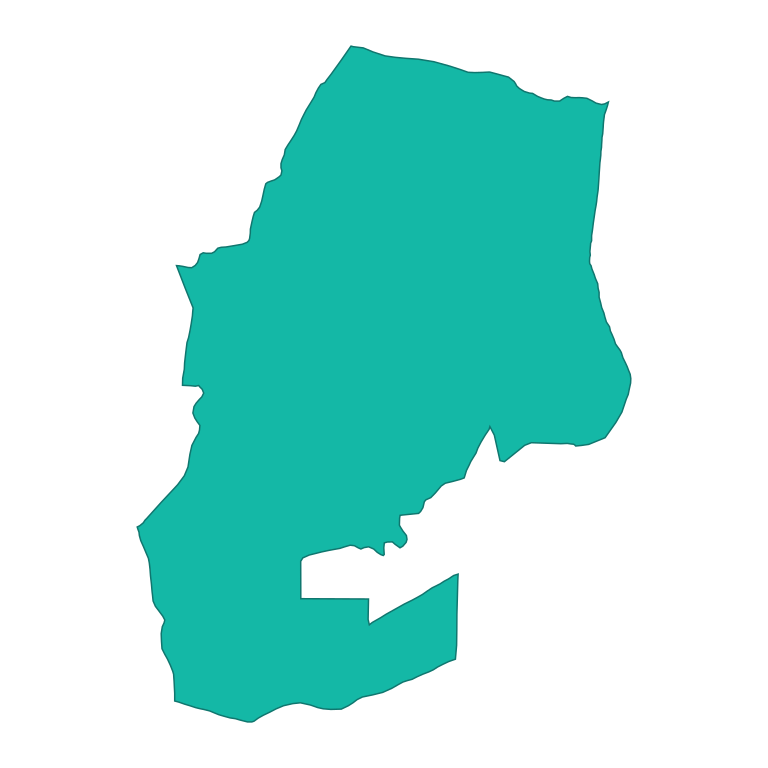 Kampong Siem, Kâmpóng Cham, Cambodia (Robinson projection)
{"feature_id": "14789045B55326274387171", "entity_name": "Kampong Siem", "entity_type": "district", "adm_level": 2, "iso_a3": "KHM", "parent_name": "Cambodia", "parent_adm1": "Kâmpóng Cham", "projection": "robinson", "projection_center": [105.438, 12.055], "detail": "fine", "context": "isolated", "style": "filled", "palette": "teal", "viewbox_px": 768, "rotation_deg": 0, "n_neighbors": 0, "source": "geoboundaries", "source_scale": "gbopen_adm2", "svg_char_len": 5006}
<svg xmlns="http://www.w3.org/2000/svg" viewBox="0 0 768 768"><path d="M176.5,265.6L185.3,288.4L193.1,307.9L192.7,311.8L192.4,315.9L191.2,323.8L190.0,330.7L188.6,337.5L187.0,342.6L185.8,352.3L184.6,362.9L184.3,369.3L182.7,378.2L182.5,385.3L190.6,385.7L195.4,386.2L198.7,385.5L199.6,386.7L202.2,389.3L203.7,393.1L202.6,395.3L201.9,396.8L199.3,399.5L196.2,403.1L194.0,406.6L192.9,413.0L194.8,418.0L197.3,421.9L199.9,425.4L199.5,430.1L198.6,433.5L196.1,437.3L191.9,445.4L189.9,454.4L188.0,467.0L184.3,475.8L177.6,484.8L160.9,502.7L146.5,518.7L145.0,520.2L143.3,522.8L139.8,525.7L137.2,527.0L137.9,529.2L139.0,532.2L139.4,535.7L140.8,540.7L143.5,546.7L146.1,552.9L148.4,558.3L149.3,562.9L150.0,569.0L150.5,575.8L151.4,583.8L152.1,591.8L152.5,595.1L153.1,601.0L155.4,606.3L159.7,612.0L162.8,616.2L164.8,620.0L164.1,622.8L162.3,626.7L161.2,633.6L161.5,641.5L162.0,648.7L164.9,654.5L167.5,659.1L170.3,665.1L172.7,671.1L173.6,674.2L174.1,681.5L174.4,687.7L174.7,693.3L174.7,697.4L174.7,701.0L178.8,702.1L184.5,704.1L189.8,705.7L195.6,707.6L199.2,708.5L201.5,709.0L203.2,709.3L209.6,710.9L214.4,712.9L218.8,714.7L223.9,716.2L230.1,717.9L235.5,718.7L239.9,720.0L247.4,721.9L251.9,721.9L254.0,721.2L258.4,718.0L263.4,715.2L269.7,712.2L276.0,708.9L283.6,705.7L292.8,703.6L300.4,702.8L310.4,705.0L315.3,706.7L317.5,707.5L323.2,708.8L330.8,709.4L341.3,709.1L348.4,705.7L353.1,702.7L357.1,699.6L362.4,697.0L372.6,694.9L382.7,692.4L392.0,688.2L398.4,684.5L403.0,682.0L407.3,680.6L412.1,679.3L417.2,676.7L422.8,674.2L428.8,671.9L433.3,669.8L437.6,667.0L443.1,664.2L448.6,661.6L452.2,660.3L455.4,659.2L456.6,645.3L456.8,630.5L456.9,614.3L457.4,596.1L457.8,580.5L458.1,574.1L453.7,575.5L448.2,579.1L444.0,581.3L439.9,584.0L438.4,584.7L436.7,585.6L432.2,587.8L427.5,590.9L422.4,594.5L417.1,597.5L412.1,600.2L404.4,604.0L397.8,607.7L386.0,614.3L380.8,617.6L372.4,622.4L369.3,624.8L368.1,619.4L368.5,599.0L300.8,598.7L300.7,561.3L302.8,557.9L309.3,555.0L315.8,553.4L321.7,551.9L328.8,550.4L334.7,549.3L339.8,548.4L344.4,546.9L350.2,545.2L354.4,545.7L358.2,547.8L360.9,549.0L364.1,547.6L368.6,546.8L373.7,549.0L377.2,552.3L380.8,554.6L383.3,555.5L384.2,554.5L383.8,547.8L384.3,542.9L387.4,542.0L392.4,541.9L395.1,544.3L400.0,547.8L402.8,546.2L406.1,542.4L407.0,539.4L406.4,535.5L402.9,531.0L400.5,527.2L399.4,525.2L399.6,518.1L400.1,515.3L402.6,515.0L418.6,513.4L420.6,511.5L422.9,507.7L423.5,505.3L424.3,501.8L425.9,499.8L430.8,497.6L435.4,492.9L441.2,486.0L445.3,483.2L452.8,481.4L460.5,479.3L462.4,478.6L464.2,477.9L466.5,470.4L469.1,465.2L470.8,461.5L473.5,457.1L476.0,453.1L477.8,448.2L481.1,441.9L485.2,435.1L489.1,429.3L489.9,426.6L494.3,435.1L500.0,460.6L504.4,461.7L524.7,445.3L531.3,442.7L560.9,443.7L567.3,443.4L571.3,444.0L573.5,444.2L574.6,444.8L575.7,446.0L581.7,445.4L588.7,444.4L605.1,437.7L615.9,422.4L621.9,412.1L626.3,399.0L628.2,394.5L629.3,389.0L630.6,383.1L630.8,378.6L630.2,374.3L628.6,370.4L627.2,366.7L625.5,363.0L622.9,357.7L621.3,352.5L620.0,350.1L617.7,347.0L615.5,343.9L614.0,339.2L612.2,334.9L610.4,331.0L609.5,326.7L606.4,322.0L604.9,317.1L603.9,313.0L601.7,307.6L600.6,302.7L599.1,297.2L599.1,292.3L598.1,288.2L597.7,283.7L595.3,278.1L594.2,274.6L591.9,268.9L591.1,265.8L589.7,263.6L589.5,261.1L589.7,257.4L590.3,255.2L589.9,251.5L590.5,245.1L590.6,243.3L591.6,240.8L591.6,235.6L592.1,232.4L592.4,230.5L592.8,227.3L593.3,223.1L594.3,216.3L595.1,210.6L596.0,205.7L596.6,201.8L597.1,196.9L598.0,190.8L598.2,188.7L598.5,184.4L598.9,178.7L599.2,173.3L599.4,170.5L599.6,167.5L599.9,162.8L600.4,159.0L600.8,155.2L600.9,151.5L601.5,147.4L601.6,144.6L601.9,140.2L602.0,137.4L602.7,133.9L603.0,129.7L603.2,127.0L603.3,124.6L603.6,121.3L603.9,118.9L604.2,116.8L604.4,114.7L605.5,111.7L606.4,109.1L607.5,105.6L608.4,102.0L604.7,103.9L601.5,104.5L596.0,103.1L592.2,100.9L586.9,98.3L582.5,97.8L579.2,97.6L575.3,97.7L571.1,97.5L567.5,96.4L563.8,98.3L559.6,101.1L554.5,101.1L551.3,100.0L547.6,99.8L544.5,99.1L541.5,98.0L537.6,96.4L532.6,93.4L529.6,93.1L524.3,91.5L521.3,89.7L519.3,88.4L516.7,86.0L515.6,83.8L514.1,81.5L508.5,77.1L504.0,75.9L497.1,74.0L489.9,72.1L488.2,72.1L482.5,72.4L474.8,72.6L468.1,72.3L460.5,69.6L450.0,66.2L433.8,61.7L418.4,59.2L405.6,58.3L395.0,57.3L385.1,55.9L372.9,51.9L363.3,47.9L353.3,46.7L351.0,46.1L341.2,60.2L331.2,74.1L326.8,79.8L324.9,82.6L320.9,84.4L318.3,88.2L315.9,92.7L314.1,97.1L310.9,102.4L306.2,110.0L303.9,114.5L301.4,119.5L299.3,124.7L296.6,131.0L294.2,135.4L290.6,141.0L288.1,144.7L285.2,149.5L284.3,154.9L282.3,159.4L281.0,163.6L281.0,167.8L281.9,170.8L281.0,175.0L279.4,176.6L277.0,178.3L274.6,179.9L270.9,181.1L267.5,182.4L265.8,183.8L264.3,189.1L263.2,194.3L261.7,201.1L259.7,207.1L257.2,210.3L254.5,212.4L253.2,216.5L252.0,221.6L250.4,229.1L250.3,233.2L249.6,238.5L248.9,240.5L247.2,242.3L242.4,244.2L233.8,245.7L225.9,247.0L221.1,247.3L217.8,248.2L214.5,251.8L211.6,253.3L206.2,253.3L203.2,252.8L200.1,254.5L199.1,258.2L197.6,262.5L195.2,265.5L191.7,267.7L188.1,267.5L182.9,266.4L179.1,265.8L176.5,265.6Z" fill="#14b8a6" stroke="#0f766e" stroke-width="1.5"/></svg>